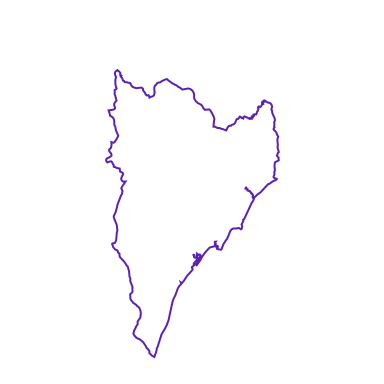 the district of Atacames, Esmeraldas, Ecuador, rotated 159°
{"feature_id": "8360857B71031597583616", "entity_name": "Atacames", "entity_type": "district", "adm_level": 2, "iso_a3": "ECU", "parent_name": "Ecuador", "parent_adm1": "Esmeraldas", "projection": "natural_earth1", "projection_center": [-79.87, 0.796], "detail": "fine", "context": "isolated", "style": "outline", "palette": "violet", "viewbox_px": 384, "rotation_deg": 159, "n_neighbors": 0, "source": "geoboundaries", "source_scale": "gbopen_adm2", "svg_char_len": 6066}
<svg xmlns="http://www.w3.org/2000/svg" viewBox="0 0 384 384"><g transform="rotate(159 192 192)"><path d="M219.4,332.2L220.8,331.4L221.4,330.8L221.8,328.9L221.7,327.0L222.1,326.0L223.3,324.3L224.8,320.4L225.3,317.6L225.3,315.7L225.7,315.3L227.5,315.0L227.9,314.3L229.2,310.9L229.2,309.1L229.7,304.4L232.0,303.1L233.0,302.2L233.6,300.8L233.6,298.3L233.9,297.7L234.7,297.2L236.4,297.1L240.6,298.1L241.0,292.1L240.1,291.4L239.5,290.4L239.0,289.3L238.9,288.1L239.1,286.3L240.4,282.8L240.3,280.0L240.9,276.7L240.7,270.9L243.7,268.2L246.7,266.2L247.6,266.1L249.4,267.5L250.1,265.1L251.2,263.1L252.5,261.8L254.0,261.4L254.4,260.9L254.6,259.6L253.7,256.9L253.8,255.6L254.2,254.7L256.7,254.0L259.3,253.9L260.5,253.0L261.0,251.7L260.5,250.0L257.5,249.9L256.4,249.5L255.9,248.5L255.9,246.8L255.5,245.6L256.0,243.6L255.6,243.2L254.8,242.8L253.7,241.4L251.1,239.8L251.8,236.8L250.1,235.1L249.7,233.9L250.1,233.0L251.5,232.0L253.1,230.2L253.4,229.6L253.5,228.2L253.1,227.1L252.0,226.1L250.3,225.6L256.2,221.4L256.7,220.7L256.5,217.9L258.2,215.2L259.6,214.1L265.5,207.6L270.4,200.7L273.7,197.5L274.0,196.8L274.2,194.8L274.0,188.6L275.4,182.9L276.8,180.9L280.1,174.1L282.3,172.1L284.8,172.4L285.2,172.1L285.3,168.8L285.1,167.9L284.3,165.8L282.5,164.1L282.7,161.9L281.8,160.5L282.5,158.4L282.6,157.0L280.1,150.8L279.3,146.7L278.7,145.4L279.2,140.5L280.7,135.3L280.5,133.7L281.0,132.2L281.3,132.0L281.6,130.7L281.6,124.4L282.0,123.9L283.3,120.1L284.4,119.4L286.1,118.9L286.5,118.5L287.1,116.2L287.6,115.3L287.7,114.0L287.5,112.2L286.9,111.1L286.6,109.5L284.6,106.8L284.3,105.5L283.2,104.0L282.6,102.3L282.8,100.8L282.6,99.8L283.2,97.2L285.3,93.2L288.8,90.9L289.3,90.4L290.1,88.0L292.9,86.1L293.1,85.6L295.8,83.3L296.1,82.5L297.2,81.4L297.5,80.6L297.0,77.9L295.9,75.4L293.6,73.2L291.4,69.3L290.3,64.4L290.3,62.5L289.4,61.2L288.8,58.6L289.6,56.8L288.9,55.7L288.3,54.0L286.3,51.5L283.1,55.1L281.4,57.5L281.1,58.4L279.4,60.0L271.4,70.1L266.0,74.3L263.2,76.9L260.0,80.5L249.8,96.1L247.6,98.8L244.5,101.6L239.7,107.2L237.3,108.9L235.5,109.7L234.8,110.9L234.8,111.4L234.3,110.6L233.7,110.7L233.0,111.3L231.7,111.8L226.6,115.5L219.5,119.1L219.0,119.8L219.2,121.4L218.9,122.0L217.1,122.4L215.1,123.6L215.0,124.3L215.5,124.4L216.0,124.1L216.3,123.4L216.3,124.1L215.9,124.7L211.7,127.0L207.5,128.7L207.1,129.1L207.1,129.9L207.3,130.5L207.7,130.8L208.9,130.9L209.4,132.2L210.1,130.1L211.3,129.0L212.1,129.1L212.9,129.7L213.4,130.7L212.7,132.3L214.0,132.4L213.0,132.8L212.5,132.5L212.5,131.9L213.1,130.6L212.4,129.6L211.9,129.3L211.4,129.3L210.5,130.1L209.7,132.2L209.4,132.6L208.7,131.3L207.2,130.9L206.7,129.9L206.9,129.0L207.7,128.1L208.7,127.5L211.0,125.1L212.2,124.7L213.0,123.8L214.1,122.4L213.9,121.9L209.1,125.1L205.0,128.5L201.1,131.0L195.5,133.8L190.5,133.3L189.2,132.7L188.2,131.5L187.8,131.4L187.7,131.9L188.0,132.7L189.7,134.0L189.6,134.5L188.6,135.4L189.0,136.3L188.4,137.3L187.7,137.1L188.6,136.6L188.3,135.4L189.4,134.0L187.9,132.9L187.3,131.9L187.9,130.9L188.9,131.4L189.0,129.9L187.1,128.5L185.4,127.7L184.2,128.7L183.9,129.4L182.8,130.3L181.8,131.7L177.6,134.8L175.9,135.7L174.6,137.4L173.6,138.1L170.4,141.7L168.5,142.9L166.3,143.1L163.5,142.0L161.3,141.6L160.8,141.3L159.9,139.8L159.5,139.6L158.9,139.8L157.4,141.9L157.4,143.8L154.5,146.5L154.2,147.8L153.3,147.9L152.6,148.4L140.6,160.0L138.5,161.6L136.6,163.5L136.5,163.8L137.1,164.5L137.3,165.4L136.4,166.9L136.4,168.5L137.2,169.2L137.7,171.8L139.6,173.5L139.3,174.5L140.0,174.7L140.2,175.1L139.9,176.6L140.4,175.8L140.8,176.1L140.1,176.8L139.8,176.8L139.7,176.5L139.9,175.0L139.1,174.6L139.3,173.6L137.6,172.0L137.0,169.5L136.3,168.9L136.2,167.1L137.0,165.2L136.9,164.5L136.5,164.2L131.8,166.2L128.1,167.1L118.3,172.0L117.0,171.9L112.6,173.0L109.4,173.1L108.2,173.7L109.0,174.7L110.1,175.4L110.5,176.2L110.5,176.9L108.5,179.1L108.2,181.0L107.1,182.1L106.6,183.1L105.8,186.5L104.1,189.8L103.5,190.1L100.2,190.3L99.5,190.7L99.3,192.4L98.8,193.1L99.8,195.5L98.8,196.3L98.0,197.6L96.6,198.2L96.4,201.6L96.0,203.3L95.0,205.2L93.7,209.8L93.1,211.1L91.7,212.7L92.1,215.6L91.9,217.2L92.5,219.1L93.2,220.3L93.4,221.2L92.9,222.2L91.8,222.7L91.8,223.8L90.8,225.7L90.4,227.5L89.0,229.1L88.7,229.7L88.4,232.0L88.7,235.1L88.7,237.4L88.1,239.3L88.3,240.7L87.8,241.5L86.6,242.8L86.5,245.2L87.1,246.8L88.5,248.1L89.4,248.5L90.2,249.7L90.8,250.2L90.9,250.9L91.4,251.4L92.1,251.7L92.7,251.5L92.9,251.0L92.7,250.2L93.0,250.0L94.4,250.7L94.8,249.7L94.1,248.9L94.1,248.6L95.4,248.7L95.9,247.9L97.5,246.9L98.1,247.0L98.8,247.9L100.0,247.4L100.2,247.0L100.1,246.3L100.4,245.5L101.7,244.0L102.5,243.6L104.1,241.5L104.3,241.4L106.0,242.2L106.8,242.2L106.8,240.9L107.7,240.6L108.5,241.2L109.0,241.2L108.7,239.8L109.5,239.9L109.9,239.0L111.2,240.1L111.7,239.4L111.9,239.4L112.3,240.3L113.1,240.7L113.3,241.4L114.9,242.6L115.6,243.7L116.1,243.8L117.0,243.5L117.8,242.3L118.2,243.0L119.0,243.2L119.3,243.7L119.4,244.3L120.3,245.3L120.8,245.1L121.1,244.6L123.0,243.7L124.2,244.0L127.4,240.7L129.1,240.3L131.0,240.4L132.0,239.9L133.4,240.4L134.3,240.3L136.3,239.0L137.3,237.7L138.1,237.2L140.1,239.2L142.4,240.9L143.2,241.8L145.1,242.5L147.6,245.1L148.5,245.3L146.2,250.1L144.9,252.2L144.8,255.5L145.3,259.9L145.8,261.9L146.3,262.9L150.6,264.2L151.5,266.7L151.6,268.6L152.0,269.6L152.6,270.7L154.7,273.0L155.9,275.4L156.4,277.8L156.1,279.8L155.2,281.6L154.9,284.2L155.2,286.1L156.1,288.0L157.1,289.1L158.7,290.1L164.3,291.1L165.9,293.8L167.0,294.9L168.0,296.7L171.4,300.5L174.1,304.7L174.8,306.2L176.4,306.7L177.8,306.4L179.7,306.5L182.4,305.8L184.3,306.2L185.7,306.1L186.7,305.2L188.3,304.7L189.7,303.2L190.4,301.5L191.2,298.3L192.8,296.0L193.5,295.6L194.7,295.4L196.0,295.6L197.9,295.4L197.7,296.9L197.9,298.0L199.4,298.2L199.9,298.7L200.3,299.6L200.3,301.5L201.2,304.0L201.0,305.3L200.7,305.8L201.4,307.2L202.1,307.7L206.7,308.9L208.8,310.4L210.1,311.9L210.6,314.4L210.5,315.2L210.7,315.9L212.6,317.0L213.8,318.0L215.5,318.8L215.6,319.9L216.5,320.6L216.4,322.5L216.6,324.3L217.2,325.2L217.1,325.8L216.3,326.1L217.1,327.2L216.3,328.6L216.3,329.0L216.9,330.8L217.6,331.5L217.9,332.5L219.4,332.2Z" fill="none" stroke="#5b21b6" stroke-width="2"/></g></svg>